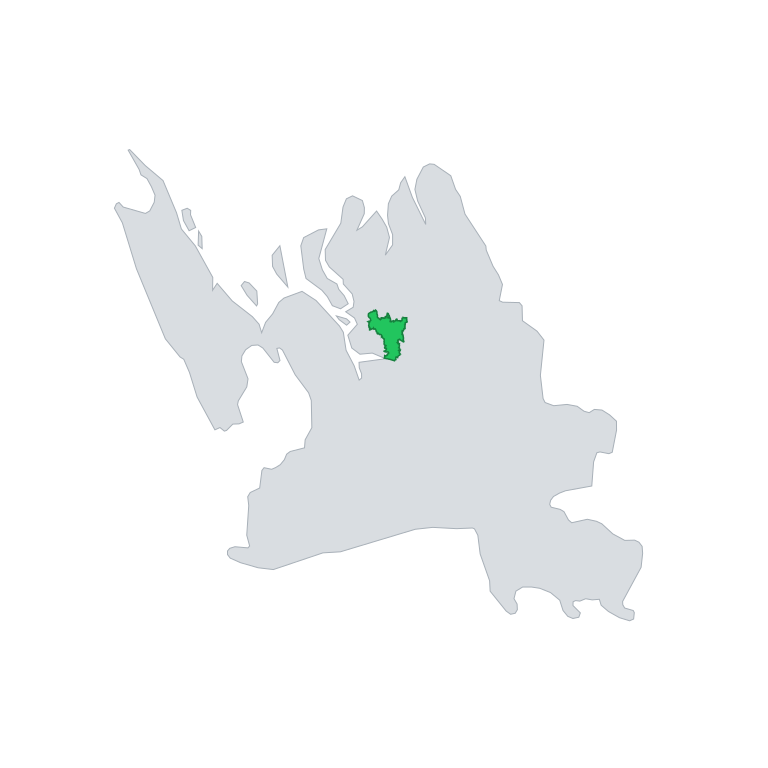 Madaripur, Dhaka, Bangladesh (highlighted), rotated 165°
{"feature_id": "16705992B87985099055959", "entity_name": "Madaripur", "entity_type": "district", "adm_level": 2, "iso_a3": "BGD", "parent_name": "Bangladesh", "parent_adm1": "Dhaka", "projection": "orthographic", "projection_center": [90.154, 23.231], "detail": "fine", "context": "in_parent", "style": "filled", "palette": "green", "viewbox_px": 768, "rotation_deg": 165, "n_neighbors": 0, "source": "geoboundaries", "source_scale": "gbopen_adm2", "svg_char_len": 9283}
<svg xmlns="http://www.w3.org/2000/svg" viewBox="0 0 768 768"><g transform="rotate(165 384 384)"><path d="M261.8,545.5L261.8,527.2L249.9,490.9L250.6,486.9L248.2,469.5L245.2,459.8L243.8,449.5L251.1,434.7L248.2,432.3L232.2,427.6L230.4,423.8L233.9,409.3L222.5,395.4L218.1,385.0L230.7,351.9L234.1,328.8L233.2,324.4L225.7,319.1L212.5,316.9L203.2,312.5L197.8,305.9L193.2,303.2L187.4,305.0L180.2,302.4L174.1,295.8L169.1,287.9L171.3,279.3L181.2,259.0L184.8,258.5L193.0,262.5L196.2,262.5L201.7,254.5L209.7,231.7L236.3,233.9L242.7,233.2L249.4,231.5L253.1,228.6L255.1,224.9L254.4,221.7L246.3,217.3L243.2,214.1L241.0,204.9L238.6,201.4L222.6,200.7L214.3,196.4L209.8,192.6L201.8,180.0L191.9,170.6L182.3,168.3L178.7,165.2L176.7,160.4L178.0,153.5L183.1,140.4L209.8,112.2L210.5,109.0L209.5,105.3L201.9,100.7L201.4,98.4L203.7,92.4L208.0,91.7L217.0,97.3L226.1,106.2L231.5,114.1L231.7,120.3L238.8,121.6L244.8,124.4L251.0,123.6L255.0,125.2L257.7,124.7L258.8,121.1L253.6,112.1L256.2,108.3L262.2,108.6L266.6,112.0L269.7,118.9L270.2,129.7L277.2,139.5L286.5,146.4L293.8,149.6L302.7,152.0L310.2,149.8L314.0,143.0L312.4,137.0L313.6,131.5L316.6,128.6L321.3,128.8L324.8,133.1L335.1,156.4L332.9,166.6L335.1,194.9L332.5,213.6L334.1,220.7L335.8,222.0L351.4,225.5L374.0,232.9L391.4,235.6L469.6,233.2L486.7,236.7L538.9,233.4L553.2,239.1L568.8,248.5L577.6,255.6L579.3,259.7L578.4,263.2L575.5,265.2L570.1,265.4L557.8,260.9L555.7,262.3L555.7,273.5L546.1,301.6L544.8,310.4L541.3,313.8L531.0,315.7L524.3,332.1L521.5,334.2L514.6,330.7L510.4,331.3L505.1,332.9L499.8,336.7L496.2,341.4L492.0,343.1L477.3,342.9L474.6,350.5L465.0,360.5L458.5,386.9L459.1,395.0L467.4,415.9L473.3,443.1L475.6,445.9L478.3,446.1L478.4,433.6L481.1,432.0L484.5,433.4L491.7,450.1L495.6,454.3L501.8,455.5L508.8,452.9L514.0,447.9L516.0,442.5L514.0,424.2L517.3,416.7L529.1,405.4L530.8,402.0L529.8,383.7L534.3,383.0L540.4,384.4L548.1,379.9L550.4,379.8L553.7,384.4L559.2,383.5L567.9,419.8L568.9,445.5L571.0,459.7L574.0,462.9L583.5,484.2L593.3,559.5L595.0,607.4L598.9,623.6L595.9,627.3L593.0,628.0L590.1,622.4L570.3,610.5L565.5,611.8L558.9,619.0L556.3,625.6L557.6,634.8L559.8,643.8L564.6,648.9L565.0,654.6L570.6,676.1L569.0,676.3L558.1,656.8L544.8,637.7L540.1,603.2L539.6,586.2L530.5,566.2L521.8,531.3L525.3,518.9L519.1,524.4L509.1,503.5L493.7,483.1L489.2,474.1L488.9,465.2L482.4,474.2L473.5,480.5L464.5,490.0L458.4,492.9L439.2,494.7L428.0,482.2L412.0,451.5L409.9,444.5L411.9,426.4L408.1,409.3L407.0,394.2L404.1,395.5L403.0,399.7L403.7,406.0L402.5,411.4L375.9,408.0L387.3,416.9L399.5,419.0L405.8,427.1L406.3,440.5L394.3,448.6L395.4,455.4L402.3,463.7L393.9,466.1L391.6,471.5L391.4,479.2L397.4,491.1L396.4,495.7L406.5,511.2L408.5,518.6L406.0,529.1L384.1,550.5L377.8,565.5L372.4,572.6L365.7,573.9L357.4,566.8L357.3,559.4L359.0,553.6L370.4,539.5L364.2,541.4L346.4,553.0L343.1,543.6L340.8,534.8L340.8,524.1L349.4,508.1L339.7,516.1L337.0,526.1L338.2,537.8L336.9,546.1L333.1,557.0L327.9,563.5L319.5,567.7L315.8,574.1L310.2,578.8L308.3,556.9L302.4,527.3L301.0,533.7L304.1,552.0L303.8,563.9L299.2,573.3L289.9,583.4L282.9,584.8L278.7,583.2L265.6,567.9L264.5,553.5L261.8,545.5ZM423.7,546.2L407.4,549.8L399.1,548.7L414.5,522.1L414.0,510.2L411.5,500.6L403.6,492.8L403.2,487.2L399.6,479.6L397.8,470.8L406.5,467.9L413.6,473.0L416.1,483.0L419.7,490.6L432.0,506.1L431.8,515.7L428.6,539.0L423.7,546.2ZM458.7,537.3L448.8,544.5L451.8,502.5L459.2,518.0L461.2,526.4L458.7,537.3ZM496.5,516.0L492.2,519.1L488.1,516.5L482.8,506.7L485.3,494.2L486.9,492.4L493.3,505.1L496.5,516.0ZM534.3,604.1L528.6,604.7L525.8,601.7L527.1,597.5L525.4,583.9L532.6,582.5L535.4,593.8L534.3,604.1ZM527.6,566.2L523.5,579.7L521.8,573.7L524.6,561.8L527.6,566.2ZM410.7,457.8L412.4,462.1L403.3,456.6L400.8,452.6L404.9,450.5L410.7,457.8Z" fill="#d9dde1" stroke="#a8b0b8" stroke-width="1"/><path d="M383.4,448.4L383.1,448.1L382.8,447.9L382.7,447.5L382.4,447.3L382.2,447.1L382.5,446.9L382.6,446.7L382.9,446.4L382.9,445.9L383.2,445.3L383.2,445.0L383.3,444.9L383.6,444.7L383.7,443.6L383.4,443.3L383.7,443.0L383.8,442.5L383.3,442.5L383.1,442.1L383.3,441.6L383.2,441.1L383.7,440.7L383.8,440.5L383.9,440.0L383.6,440.0L383.2,440.0L383.0,439.9L382.9,439.9L382.7,440.1L382.5,440.5L382.4,440.6L382.2,440.4L382.0,440.2L381.5,440.2L381.0,440.5L380.4,440.2L380.2,440.4L379.8,440.6L379.7,440.7L379.7,440.2L379.6,439.9L379.5,439.5L378.5,439.6L378.4,439.4L378.2,439.5L378.1,439.4L377.8,437.7L377.7,437.5L377.7,437.1L377.9,436.9L377.9,436.5L377.7,436.3L377.3,435.7L377.4,434.9L377.5,434.6L377.3,434.4L377.3,434.1L376.5,433.9L376.4,434.2L376.3,434.3L376.0,433.8L375.6,432.9L374.5,432.8L374.0,432.2L373.9,432.2L373.9,431.5L374.2,430.3L373.6,430.7L373.4,430.7L373.4,429.1L373.2,428.9L373.1,428.4L372.8,428.0L372.7,427.7L372.2,427.6L372.1,427.4L372.3,426.8L372.5,426.3L372.7,425.3L372.9,424.9L373.1,424.8L373.0,424.2L373.0,423.9L373.4,423.4L373.4,423.1L373.6,422.0L373.3,421.6L373.1,421.0L372.4,420.9L372.1,420.4L373.0,420.0L373.9,419.4L374.0,418.7L373.9,418.7L373.6,418.8L373.5,418.1L372.9,418.2L372.6,418.0L372.5,417.5L372.7,417.3L372.8,416.7L373.7,416.0L373.7,415.9L375.0,415.7L375.4,415.8L375.5,415.7L375.3,415.4L374.9,415.0L374.2,414.6L373.6,414.5L373.3,414.2L372.3,414.2L372.2,414.2L372.0,413.9L371.7,413.9L371.5,412.8L371.4,412.7L371.7,412.3L372.1,412.3L372.2,412.2L373.0,411.9L373.4,411.5L373.2,411.2L373.7,410.8L374.4,410.7L374.9,410.9L375.9,410.9L376.0,410.7L376.1,410.9L376.2,410.6L376.0,410.3L376.3,410.1L377.0,408.9L376.0,408.4L375.2,407.9L373.9,407.4L373.4,407.0L371.9,406.3L367.8,403.7L366.9,404.6L366.2,404.5L365.9,406.2L365.7,406.6L365.5,406.9L365.3,407.0L365.0,406.9L364.0,406.0L363.5,407.0L362.7,407.5L362.2,407.7L361.5,407.8L361.2,407.9L361.0,408.2L360.9,408.9L360.7,408.9L361.0,409.3L360.8,409.5L361.0,409.9L361.0,409.7L361.0,409.9L361.1,410.0L361.2,410.3L360.6,411.2L360.4,411.6L359.6,412.2L359.5,412.4L360.0,412.4L360.3,412.2L361.1,412.3L361.3,412.5L360.7,412.9L359.8,413.4L359.8,413.6L359.9,414.0L359.9,414.4L359.7,414.5L359.8,415.0L360.3,415.3L359.9,415.6L359.7,416.1L359.4,416.5L359.1,417.0L359.2,417.5L358.7,418.8L358.8,418.8L358.9,419.0L359.4,418.8L359.5,419.4L360.0,419.4L360.0,419.7L360.1,419.9L360.4,420.4L360.2,420.4L360.1,420.6L359.7,420.6L359.8,421.0L359.4,421.1L359.4,421.5L359.5,421.6L359.4,421.7L359.5,422.2L359.5,422.5L359.1,422.9L358.8,423.0L358.7,423.1L358.3,423.1L358.2,422.9L358.1,423.0L357.9,422.8L357.2,423.2L356.6,422.1L356.3,421.7L355.8,421.1L355.7,421.0L355.1,420.7L354.8,420.2L354.6,419.8L354.1,419.6L353.8,419.9L353.8,420.1L353.9,420.5L353.9,421.9L353.8,422.0L354.0,422.3L353.5,422.8L353.2,423.4L353.3,424.2L353.2,424.7L353.1,424.9L353.2,425.1L353.1,425.5L353.0,425.9L352.9,426.3L353.2,426.4L353.3,426.7L353.4,427.1L353.7,427.1L353.8,427.4L353.0,428.2L353.0,428.4L353.2,428.5L353.3,428.7L353.2,428.8L353.1,428.6L353.1,428.8L353.0,429.1L352.9,429.2L353.1,429.8L352.6,430.8L352.0,430.4L351.9,430.3L351.7,430.3L351.7,430.8L351.0,431.1L350.5,432.2L350.0,431.9L349.5,432.0L349.4,432.7L349.1,432.7L349.2,433.9L348.9,434.0L348.7,434.3L348.6,435.1L348.8,435.7L348.6,435.8L348.2,435.8L348.1,436.4L347.9,436.5L347.8,437.4L347.5,437.6L347.4,437.8L346.1,437.7L346.1,438.1L345.6,438.2L345.5,438.3L345.6,438.7L345.7,438.8L345.6,439.3L345.7,439.5L345.3,439.9L345.4,440.1L345.5,440.3L345.4,440.8L345.3,441.5L345.1,441.5L344.9,442.1L345.4,442.3L345.8,442.3L346.1,442.4L346.2,442.5L346.5,442.6L346.6,442.4L346.9,442.6L347.4,442.6L347.6,442.7L347.8,442.9L347.9,443.0L347.9,442.9L348.9,443.0L349.4,442.9L349.7,442.4L350.0,441.0L350.2,440.8L350.3,440.7L350.4,440.8L350.6,440.8L350.8,440.7L351.1,440.5L352.0,440.1L352.2,440.4L352.1,440.8L352.1,441.0L353.9,441.4L355.0,441.8L355.0,442.0L354.8,442.1L354.7,442.4L354.7,443.1L354.8,443.4L355.3,443.4L355.6,443.3L355.9,442.7L356.2,442.6L356.6,442.0L357.4,442.1L357.8,442.0L358.0,441.9L358.4,441.4L358.5,441.4L358.5,441.5L358.2,442.0L358.2,442.5L358.3,442.7L359.8,442.6L360.3,442.4L360.6,442.4L360.6,442.2L361.0,442.2L361.0,442.7L361.3,442.8L361.9,442.8L361.9,443.1L361.5,443.2L361.4,443.5L361.1,443.7L361.0,444.3L361.1,444.7L360.9,445.6L361.0,446.3L361.2,446.6L361.8,446.6L361.9,446.3L362.0,446.3L362.3,446.5L362.6,446.8L363.1,447.0L362.7,447.1L362.4,447.5L361.4,447.3L361.2,447.3L361.2,448.7L361.7,449.8L361.7,450.4L361.6,450.7L362.1,451.4L362.6,451.4L362.7,450.9L363.4,449.8L363.4,449.6L363.2,449.3L363.3,449.1L363.5,449.1L363.6,448.8L363.9,448.6L364.2,448.7L364.7,448.6L364.9,448.6L365.1,448.8L365.3,448.8L365.8,448.1L365.6,447.7L365.9,447.6L366.0,447.4L366.7,447.4L366.9,447.4L367.4,447.9L367.5,447.7L367.7,447.8L367.7,448.0L367.9,448.2L368.0,448.2L368.4,448.3L368.8,448.2L369.0,448.6L369.3,448.6L369.6,448.7L369.9,448.3L369.8,447.7L370.2,447.5L370.5,447.4L370.6,447.1L370.8,447.0L371.0,447.4L371.4,447.5L371.5,448.0L371.9,448.3L371.9,448.7L371.9,448.8L372.2,449.0L372.5,449.4L372.9,449.6L373.1,450.4L372.7,451.4L372.5,452.3L372.6,453.2L372.8,453.4L372.7,453.7L372.4,454.6L372.2,455.8L372.3,456.2L372.6,457.0L373.1,457.6L373.7,456.8L374.0,456.6L374.5,456.6L374.9,456.8L375.0,457.0L374.7,457.6L374.8,457.7L375.7,457.1L376.6,456.7L377.2,456.7L378.0,456.9L378.4,456.6L379.1,456.5L380.7,456.0L381.1,455.2L381.3,454.7L381.6,453.4L381.2,452.1L380.9,451.7L380.6,451.5L380.2,450.5L380.3,450.1L380.3,448.8L380.6,448.7L381.0,448.4L381.2,448.5L381.6,448.2L382.1,448.5L382.4,448.3L382.9,448.5L383.4,448.4Z" fill="#22c55e" stroke="#15803d" stroke-width="1.5"/></g></svg>